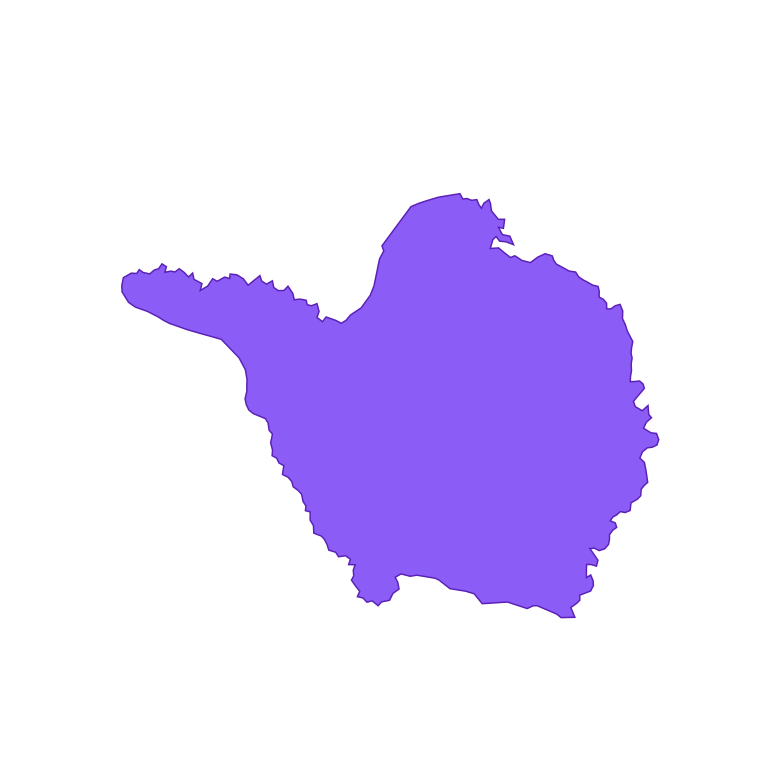 outline of Ibirubá, Rio Grande do Sul, Brazil, rotated 21°
{"feature_id": "56859067B54676544354461", "entity_name": "Ibirubá", "entity_type": "district", "adm_level": 2, "iso_a3": "BRA", "parent_name": "Brazil", "parent_adm1": "Rio Grande do Sul", "projection": "mercator", "projection_center": [-53.183, -28.593], "detail": "fine", "context": "isolated", "style": "filled", "palette": "violet", "viewbox_px": 768, "rotation_deg": 21, "n_neighbors": 0, "source": "geoboundaries", "source_scale": "gbopen_adm2", "svg_char_len": 3458}
<svg xmlns="http://www.w3.org/2000/svg" viewBox="0 0 768 768"><g transform="rotate(21 384 384)"><path d="M575.9,225.1L571.9,228.0L568.9,232.6L565.0,234.0L562.8,228.8L558.4,226.3L553.7,225.8L551.6,220.1L548.9,216.2L543.3,216.9L536.9,215.9L532.8,215.5L527.3,214.2L522.8,210.8L516.3,212.2L505.9,210.8L501.7,210.2L498.0,207.5L495.2,204.1L487.8,204.6L482.2,210.3L477.2,218.2L468.6,219.2L460.2,217.4L456.7,220.6L448.9,218.2L442.2,215.9L434.6,219.4L433.9,210.2L435.8,206.2L440.8,209.2L447.1,207.5L455.0,207.5L448.5,200.9L441.0,202.1L434.7,196.7L439.7,195.9L437.6,187.0L431.7,189.3L422.2,183.8L418.7,177.3L415.9,174.2L412.4,179.6L412.0,185.0L408.2,182.5L404.6,178.6L400.0,181.1L395.0,181.1L391.3,183.0L386.7,179.1L374.5,186.2L367.6,190.3L362.3,194.4L357.8,197.9L351.7,202.9L345.6,208.8L332.6,255.7L336.1,259.9L335.0,268.8L339.5,295.9L339.4,306.0L335.4,321.1L328.0,331.5L325.8,338.1L322.3,342.6L316.3,341.9L305.9,342.2L304.3,347.8L297.6,345.9L297.4,339.6L292.6,333.0L288.3,336.9L283.9,337.5L281.3,333.7L275.2,334.8L270.0,337.5L266.5,332.2L259.3,327.1L257.1,332.5L251.9,334.7L246.5,333.4L242.8,327.7L238.5,332.9L233.0,331.8L229.3,327.3L221.7,340.5L215.0,336.2L207.4,334.8L200.9,336.5L202.1,340.8L196.9,341.3L191.5,347.9L186.3,347.1L184.3,355.8L178.9,362.6L178.1,355.5L169.1,354.4L165.6,349.0L163.2,354.1L157.3,351.4L151.5,349.8L148.7,354.3L144.5,355.0L139.4,358.2L138.8,352.5L133.7,351.4L132.2,357.2L128.7,359.9L125.8,365.2L119.1,366.2L114.5,364.9L113.6,369.4L108.3,371.1L102.6,378.1L103.9,386.0L106.5,391.9L116.2,399.3L124.3,401.3L136.9,401.0L149.3,402.3L155.4,403.6L162.0,404.3L180.2,403.8L192.6,402.8L216.0,400.6L239.3,411.5L249.5,420.4L254.6,429.0L256.5,434.7L258.5,439.6L259.6,447.6L262.8,452.6L267.1,456.7L272.6,458.5L285.7,458.8L289.7,461.9L293.4,468.4L297.8,470.7L299.3,479.6L303.7,485.8L305.2,491.0L310.4,491.7L314.3,495.4L319.7,496.1L321.7,504.9L327.8,505.4L332.8,508.1L336.1,512.5L341.9,514.1L346.6,516.5L350.6,522.7L354.9,525.9L356.0,530.4L360.9,529.9L363.8,537.5L368.9,541.5L371.9,548.4L380.0,548.4L384.2,550.5L388.2,554.1L392.0,558.9L399.2,558.4L403.5,561.6L409.6,558.1L415.4,559.6L415.7,565.3L421.8,563.1L422.0,568.8L424.5,574.0L423.9,578.8L430.0,582.9L435.6,586.2L435.4,592.1L441.0,591.3L446.3,593.8L450.6,590.7L458.0,593.1L459.7,588.4L466.7,583.9L467.4,576.3L471.5,570.0L468.0,564.3L463.7,560.4L468.0,555.2L477.4,554.1L483.2,550.7L501.3,547.0L505.5,547.3L518.9,551.4L534.4,548.2L543.3,547.5L554.4,553.9L577.4,543.3L598.2,542.3L602.8,537.5L606.5,536.1L627.6,536.9L633.1,538.6L645.8,533.4L638.5,525.7L642.4,519.8L644.3,515.7L642.4,511.0L646.5,507.3L651.1,503.2L651.7,497.0L649.7,492.7L645.4,488.2L642.4,492.2L639.8,485.6L637.8,479.9L642.1,478.3L647.6,477.9L646.9,471.9L640.7,467.6L635.2,463.8L639.3,461.9L644.6,462.4L649.1,458.8L651.1,453.2L650.2,448.3L648.5,443.9L650.0,438.4L652.6,434.5L649.7,430.8L644.1,430.6L645.4,426.1L648.2,422.7L650.4,418.4L655.2,417.6L659.1,413.9L657.2,406.5L661.9,400.6L663.7,396.3L661.8,390.1L663.3,385.5L665.4,381.3L662.4,375.9L659.1,370.1L655.2,363.9L649.4,361.5L649.6,354.7L652.6,349.3L657.2,346.8L660.7,343.1L660.4,337.4L656.1,332.5L650.7,333.9L642.2,332.3L642.6,325.8L645.8,319.6L642.1,317.6L638.2,309.5L634.6,316.4L626.8,315.1L623.1,310.9L625.2,304.5L628.6,294.8L625.9,291.2L621.5,289.6L617.5,291.7L613.1,293.6L611.5,288.9L610.2,282.7L607.6,276.8L606.3,270.8L603.7,266.9L602.2,261.7L601.0,255.2L592.2,247.4L588.0,242.1L583.2,237.5L580.7,230.3L575.9,225.1Z" fill="#8b5cf6" stroke="#5b21b6" stroke-width="1.5"/></g></svg>